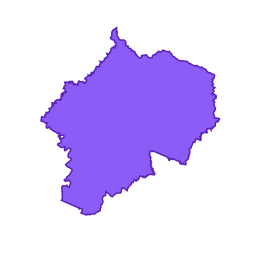 Kyogle, New South Wales, Australia (Robinson projection), rotated 14°
{"feature_id": "25037944B88748338867232", "entity_name": "Kyogle", "entity_type": "district", "adm_level": 2, "iso_a3": "AUS", "parent_name": "Australia", "parent_adm1": "New South Wales", "projection": "robinson", "projection_center": [152.788, -28.646], "detail": "fine", "context": "isolated", "style": "filled", "palette": "violet", "viewbox_px": 256, "rotation_deg": 14, "n_neighbors": 0, "source": "geoboundaries", "source_scale": "gbopen_adm2", "svg_char_len": 5723}
<svg xmlns="http://www.w3.org/2000/svg" viewBox="0 0 256 256"><g transform="rotate(14 128 128)"><path d="M108.8,222.5L110.1,221.2L111.7,221.6L113.6,220.1L116.3,219.6L118.0,217.4L120.7,215.2L120.9,214.4L120.6,212.6L120.9,211.8L120.2,209.5L121.3,208.2L121.6,205.4L120.1,202.9L120.6,200.1L122.4,199.0L122.5,197.8L121.9,195.1L126.8,197.1L126.7,197.4L127.4,198.2L129.5,198.4L132.1,194.3L136.7,192.7L136.8,190.4L136.5,189.6L136.9,188.8L136.9,187.4L138.8,187.4L142.4,188.9L142.3,187.1L143.4,183.6L144.5,182.6L144.9,179.7L146.0,179.8L146.4,177.2L146.9,176.6L147.5,177.0L148.2,176.6L148.6,177.6L149.2,177.3L149.5,175.5L150.5,175.6L151.2,171.5L154.8,172.1L154.9,171.1L156.8,172.0L157.0,170.5L157.6,170.5L158.2,169.1L158.7,169.4L160.0,167.7L165.0,167.0L165.1,166.1L163.8,166.3L163.3,165.4L164.1,164.5L162.8,164.4L162.9,163.2L162.4,162.7L161.3,162.9L162.1,161.6L160.4,161.2L160.6,160.1L158.9,159.2L159.5,157.7L158.4,156.9L159.1,155.5L158.4,155.1L158.5,154.4L157.6,154.2L157.2,150.8L156.3,150.6L156.4,150.0L155.0,149.1L155.5,147.3L154.9,145.6L155.2,144.8L156.0,144.5L157.2,144.9L157.5,144.2L157.9,144.2L174.3,146.9L174.1,147.8L175.5,148.0L175.3,149.2L176.1,149.4L176.4,147.5L178.5,147.9L178.7,147.0L186.8,148.4L187.2,147.1L186.8,149.8L189.0,150.2L189.2,149.2L190.0,148.9L191.1,149.9L192.5,149.1L192.8,149.4L192.9,148.4L191.8,146.6L193.7,143.9L193.4,142.9L194.0,142.5L194.0,141.7L193.4,140.5L193.9,139.9L193.5,139.6L194.1,137.6L192.8,133.5L193.8,132.5L194.8,125.6L196.2,125.8L196.8,121.9L201.4,122.4L201.0,121.3L201.5,121.0L201.2,120.4L200.7,120.4L201.0,119.8L200.5,119.6L200.7,118.8L200.3,118.8L200.9,118.3L200.9,116.8L200.3,116.6L200.7,116.4L200.4,115.9L200.8,115.9L201.0,114.8L201.5,115.2L202.5,114.7L203.3,113.6L204.1,113.7L204.6,113.1L205.7,113.7L205.9,113.2L205.0,112.9L205.3,112.4L204.7,112.0L205.1,111.7L204.6,111.2L204.7,109.5L205.8,109.9L206.8,108.8L208.1,108.7L209.0,109.8L208.9,109.0L209.5,108.4L209.2,108.0L210.3,107.7L210.1,106.8L210.5,106.8L212.1,104.8L211.7,101.9L212.0,100.8L213.1,100.3L213.1,99.6L214.1,99.8L214.5,96.9L212.1,96.7L211.5,97.2L209.4,97.4L209.3,96.1L207.5,93.5L207.2,92.1L208.2,89.7L208.1,87.5L206.7,86.4L206.4,85.2L205.3,84.2L205.9,81.8L204.8,80.8L203.8,81.0L205.1,78.7L206.1,78.1L206.2,77.4L205.6,76.9L206.0,76.0L205.6,75.3L205.0,75.6L204.8,75.0L203.4,74.3L202.5,74.5L202.3,75.1L201.0,74.6L201.9,73.5L202.5,71.2L201.0,70.1L202.6,67.8L200.3,67.2L199.2,66.4L200.4,65.3L198.9,63.3L198.1,63.0L198.9,61.5L198.8,60.8L198.0,60.2L199.3,59.3L199.4,57.8L199.4,56.5L198.4,55.3L198.2,55.8L194.3,54.5L192.5,54.8L191.8,54.2L191.1,54.2L189.2,52.2L186.6,52.0L184.8,50.9L183.4,52.0L180.0,50.7L177.4,51.5L174.4,51.2L173.0,50.3L171.7,50.7L169.5,49.1L164.7,49.6L163.5,50.1L162.2,49.9L161.2,50.6L158.8,49.1L157.1,48.8L155.7,47.7L153.8,47.5L152.4,45.6L150.1,44.5L149.7,43.6L148.6,44.2L146.5,44.5L143.0,43.9L142.6,45.0L141.1,46.6L139.2,46.1L137.5,48.4L137.4,50.0L136.4,49.9L134.4,51.7L134.4,53.8L133.4,54.6L131.0,54.7L128.6,52.8L127.6,52.7L123.9,54.3L123.5,55.0L124.3,55.8L124.1,56.2L123.3,57.1L122.0,57.2L119.7,56.0L118.4,54.5L117.7,54.7L116.0,52.2L115.3,52.5L113.8,51.5L112.7,52.2L112.0,50.8L110.8,50.1L109.5,50.4L108.6,49.9L108.2,48.4L106.7,48.8L105.5,47.7L105.4,45.6L104.1,44.1L102.3,43.6L100.1,44.5L98.2,44.2L94.9,40.7L94.4,39.4L94.7,38.3L94.2,37.1L93.4,36.8L92.7,33.5L89.6,37.0L89.1,38.9L90.1,43.0L89.0,44.5L89.9,45.5L91.3,46.2L93.3,46.0L94.5,48.1L95.6,47.9L96.4,50.8L95.8,51.2L96.2,51.3L95.5,52.6L95.8,53.3L94.3,52.9L92.8,54.4L93.2,54.8L92.4,55.4L92.9,57.1L92.1,58.5L92.2,59.8L91.2,60.8L89.9,60.8L90.3,61.1L89.8,61.4L90.9,62.9L90.9,64.1L89.2,65.0L89.4,66.1L88.3,66.5L88.6,68.4L88.3,68.8L86.8,69.9L86.9,70.4L84.7,70.1L86.0,71.8L85.4,72.4L85.1,74.5L85.5,75.0L85.0,75.1L84.9,75.7L84.0,75.8L83.7,75.5L82.3,76.3L82.6,77.0L82.1,78.1L82.6,78.8L81.4,80.5L81.4,83.8L80.8,83.7L80.1,82.6L79.3,82.9L78.8,83.9L79.6,84.8L79.7,85.7L79.0,86.2L78.4,85.7L77.3,86.0L77.2,86.4L77.8,86.1L77.5,86.8L76.7,86.5L77.0,87.0L74.2,90.3L74.2,90.7L76.3,91.5L76.2,93.0L75.6,94.6L74.8,95.1L74.4,94.3L73.8,94.7L72.8,93.9L70.6,94.8L69.0,94.2L68.3,97.2L69.0,98.1L68.5,98.5L66.0,98.1L65.1,99.2L64.7,97.8L63.2,98.0L63.3,96.5L62.4,96.2L61.7,96.7L61.1,98.0L60.3,96.8L59.8,97.0L60.4,98.2L59.9,98.7L58.2,98.0L55.6,98.9L56.9,101.2L56.6,102.7L55.9,103.2L56.3,103.8L55.8,105.4L57.3,105.3L58.1,107.1L59.2,107.8L59.4,108.5L58.9,108.8L57.6,108.4L55.6,110.5L57.1,110.7L56.8,112.6L55.8,111.5L55.2,112.2L55.9,114.6L55.4,116.1L56.1,116.6L56.1,117.3L55.4,117.6L54.3,117.0L51.6,118.3L50.6,120.2L51.4,121.1L52.3,121.1L52.3,121.6L51.3,121.8L50.6,121.1L49.8,121.8L48.2,121.9L48.4,122.5L49.6,123.0L48.8,123.7L50.0,124.5L48.8,125.5L48.7,127.2L46.7,128.2L47.7,129.6L47.7,131.2L46.6,132.1L46.6,132.8L45.4,132.4L44.7,132.8L45.2,134.1L44.1,135.7L44.8,137.2L43.7,138.0L41.5,137.9L41.8,142.1L42.6,142.5L44.3,142.0L46.7,143.3L48.4,142.6L48.1,144.2L48.5,147.1L49.0,147.6L50.2,147.4L51.5,146.0L53.0,147.8L54.5,147.8L55.4,148.7L59.0,149.5L61.0,150.5L62.9,149.3L63.3,151.0L62.3,152.2L62.5,153.3L63.6,153.1L64.5,151.7L66.3,150.5L67.6,150.8L68.2,152.1L67.4,153.7L66.3,154.1L64.9,153.8L64.1,154.3L64.2,154.9L66.1,156.4L66.7,157.7L66.3,158.8L64.3,159.7L63.7,160.4L63.6,160.9L64.2,161.7L67.8,163.0L69.0,162.9L70.8,161.5L71.6,162.7L71.5,164.5L72.3,165.3L73.0,164.9L75.0,161.9L77.1,162.0L77.6,162.5L77.7,163.6L76.3,167.6L76.8,170.4L77.7,171.1L80.1,171.1L80.6,172.6L76.3,178.6L78.3,180.2L82.9,181.2L84.1,182.6L82.4,188.1L80.6,190.1L80.1,192.3L78.7,193.9L80.2,194.9L82.0,194.0L82.9,192.7L85.6,195.0L85.4,199.6L84.1,199.6L82.5,198.3L81.7,199.3L78.8,199.8L78.1,200.8L78.2,202.2L78.9,203.4L79.2,205.5L79.9,205.9L79.8,206.9L80.9,210.3L81.4,213.4L80.9,214.3L99.6,217.4L99.7,218.1L100.7,218.2L100.8,217.5L103.6,217.9L103.0,221.8L108.8,222.5Z" fill="#8b5cf6" stroke="#5b21b6" stroke-width="1.5"/></g></svg>